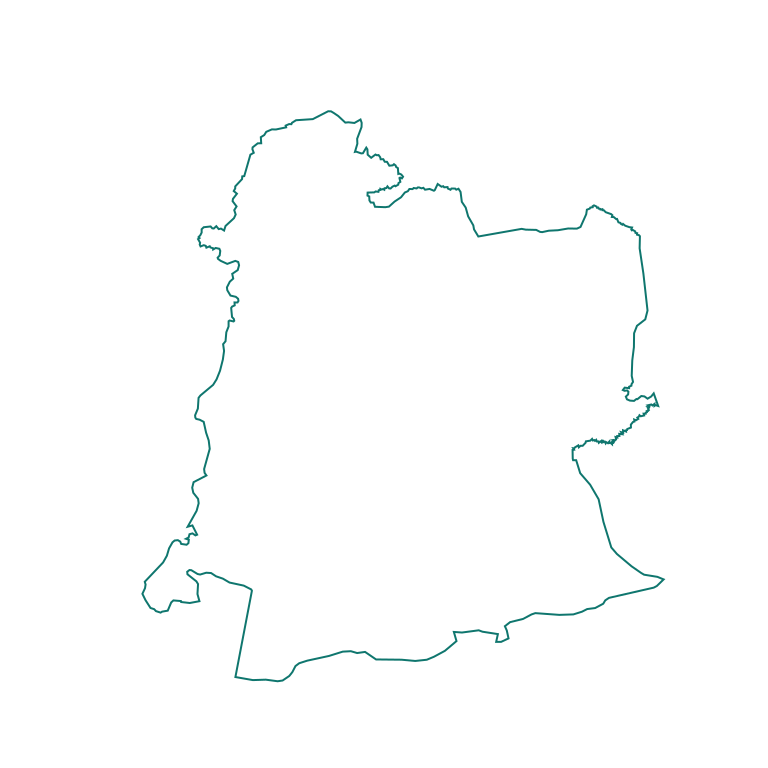 Bang Mun Nak, Phichit, Thailand, rotated 347°
{"feature_id": "78962969B44850282674557", "entity_name": "Bang Mun Nak", "entity_type": "district", "adm_level": 2, "iso_a3": "THA", "parent_name": "Thailand", "parent_adm1": "Phichit", "projection": "albers", "projection_center": [100.449, 16.044], "detail": "fine", "context": "isolated", "style": "outline", "palette": "teal", "viewbox_px": 768, "rotation_deg": 347, "n_neighbors": 0, "source": "geoboundaries", "source_scale": "gbopen_adm2", "svg_char_len": 6166}
<svg xmlns="http://www.w3.org/2000/svg" viewBox="0 0 768 768"><g transform="rotate(347 384 384)"><path d="M620.9,259.8L619.2,264.1L610.8,275.2L606.9,276.0L598.4,273.9L588.1,273.3L579.0,271.7L572.3,271.6L570.3,270.9L567.0,268.1L556.9,265.5L553.0,263.8L509.1,261.5L506.5,253.6L506.7,249.5L503.7,239.6L503.3,230.5L500.8,224.0L501.8,214.1L500.5,210.5L498.1,210.9L497.3,209.6L493.7,208.7L492.5,209.7L490.2,207.9L490.2,206.4L486.9,205.9L486.2,204.6L484.4,204.7L481.3,201.2L477.1,206.5L476.1,206.9L472.3,204.2L467.7,203.9L466.5,201.7L464.6,201.8L462.3,200.3L461.0,200.1L459.8,200.8L457.0,199.7L455.7,200.5L452.6,199.7L450.6,201.5L447.4,202.1L442.6,205.9L435.4,208.6L428.7,212.3L425.0,212.0L415.1,209.3L414.6,204.9L411.9,204.2L411.1,201.9L411.8,197.9L410.3,196.7L411.1,193.8L417.7,195.1L419.1,194.5L421.8,195.5L422.5,194.0L423.8,194.1L424.3,193.0L425.4,194.0L426.9,193.8L428.0,194.8L428.6,193.4L430.4,193.6L431.8,192.2L433.0,194.6L434.4,195.0L436.7,193.6L439.1,193.1L439.7,193.9L442.7,193.0L443.3,191.5L445.4,190.7L445.4,186.8L446.2,186.5L447.7,187.7L449.2,186.3L448.0,183.8L446.2,182.4L445.2,182.5L446.1,176.8L444.6,175.2L444.5,173.7L443.1,172.1L441.7,172.9L438.3,172.5L436.9,168.2L434.7,167.6L433.9,164.8L431.3,164.3L431.3,162.2L430.2,159.7L428.5,159.5L427.3,158.5L422.4,160.7L419.7,156.9L420.6,151.6L419.9,149.7L415.4,154.4L413.7,154.2L409.1,151.3L407.9,151.3L412.1,143.9L413.0,139.0L419.9,128.6L421.0,124.5L420.6,121.0L413.9,123.0L408.2,121.0L405.1,120.6L399.7,112.6L396.1,108.7L393.7,106.4L390.9,105.7L374.2,109.9L357.6,107.2L353.1,108.8L352.2,110.0L350.0,109.4L346.3,110.1L346.4,111.9L336.0,111.7L332.0,110.7L326.0,111.8L323.3,114.5L319.5,115.8L318.5,121.8L315.1,121.1L309.2,123.9L308.6,125.6L309.1,129.4L305.4,130.5L294.6,150.0L292.6,149.8L291.8,152.4L283.5,158.0L283.0,160.0L281.0,162.2L283.5,165.5L278.5,169.6L277.6,171.8L280.3,177.8L277.2,180.9L277.6,185.5L275.1,188.7L265.1,194.4L262.7,198.5L260.1,195.9L257.8,195.9L256.1,192.5L253.1,194.2L251.7,193.7L250.5,191.5L243.6,190.7L241.1,192.2L240.4,195.4L238.5,197.7L236.4,199.1L237.1,200.3L235.4,201.0L236.6,205.0L235.8,206.7L236.2,208.7L239.6,208.2L241.4,209.3L241.6,211.2L245.2,210.6L245.6,211.9L248.0,213.3L247.8,214.5L250.6,213.6L254.0,215.2L254.4,217.5L252.8,221.8L250.3,223.5L250.4,224.7L252.5,227.2L258.3,231.7L266.8,230.6L269.4,232.3L269.5,235.7L267.1,240.1L260.9,242.5L260.8,247.4L256.8,249.6L252.7,254.5L252.4,257.4L254.3,263.3L259.2,265.7L261.0,268.1L260.9,270.3L259.6,271.6L256.7,270.9L256.2,273.8L253.4,274.4L252.2,275.5L251.0,284.5L252.3,286.8L252.3,288.7L251.5,289.2L247.8,287.4L246.7,287.9L245.5,293.0L242.0,298.1L239.2,306.7L236.2,309.0L235.6,315.8L232.5,323.9L227.2,334.2L221.9,341.8L217.3,346.4L202.5,353.9L200.2,355.8L197.1,366.1L192.9,372.0L192.6,374.3L193.2,375.8L196.3,377.3L199.8,380.3L199.7,391.4L200.5,399.6L199.6,408.0L189.6,426.4L189.2,430.2L190.4,433.2L176.4,436.8L173.8,441.9L173.7,447.1L177.0,454.1L176.6,458.5L172.9,465.4L160.6,478.9L165.5,478.7L168.0,488.8L166.2,489.1L163.8,486.5L160.7,486.6L159.1,489.6L156.3,490.3L158.8,491.8L157.6,495.1L155.5,496.2L150.4,494.2L150.0,491.7L148.0,489.8L144.8,489.4L142.3,490.7L137.6,495.8L133.8,502.5L128.6,508.2L106.4,522.9L106.6,525.7L105.2,529.2L101.4,534.1L103.0,541.0L106.1,549.7L109.4,551.7L110.7,554.0L114.9,556.5L116.6,555.9L122.3,556.2L127.5,549.0L130.1,547.5L137.3,549.8L137.3,550.8L145.5,553.7L155.3,554.1L155.0,546.7L157.8,537.1L156.8,534.1L149.7,525.2L150.0,522.7L152.6,521.5L154.4,522.1L159.6,527.2L162.0,528.3L168.3,527.9L173.0,529.3L177.1,533.6L183.2,537.4L188.8,542.7L202.0,548.9L208.4,554.3L208.8,555.7L173.3,636.1L189.6,643.0L202.3,645.5L213.5,649.7L218.5,650.1L226.0,647.2L229.9,644.1L234.3,638.9L238.6,637.0L247.0,636.3L269.2,636.6L283.6,635.5L291.6,636.9L297.3,640.1L305.3,640.8L314.3,650.6L339.1,656.6L352.2,660.9L363.7,662.3L371.3,661.0L383.3,657.7L396.8,650.8L396.3,641.3L404.1,643.7L420.9,645.3L424.2,647.5L438.7,653.3L435.3,660.5L440.1,661.6L448.1,659.9L448.2,651.8L447.3,647.2L453.3,644.4L466.6,644.2L475.9,641.7L479.9,641.3L502.9,648.4L516.7,651.1L525.7,650.4L531.3,649.0L539.3,649.8L548.2,647.4L550.9,644.6L555.1,643.0L601.0,643.1L604.4,642.2L612.5,637.3L607.0,633.4L594.5,628.3L591.9,625.8L584.2,617.3L572.7,602.0L568.7,594.4L566.8,567.7L567.2,544.6L562.2,528.5L555.1,515.0L554.1,501.5L551.1,500.8L551.1,499.2L552.9,490.7L554.4,490.8L553.9,489.2L554.9,489.6L555.5,488.8L559.5,487.5L559.6,489.5L561.6,488.4L563.7,488.9L567.2,486.6L567.8,485.3L572.3,485.6L574.4,484.3L574.8,486.0L576.2,485.9L576.8,486.9L578.2,486.1L578.5,487.9L580.0,488.2L580.1,489.6L582.0,488.6L582.8,489.8L583.6,488.1L584.6,488.5L584.6,490.0L586.1,489.7L586.6,491.7L587.5,490.7L588.8,492.0L590.4,490.9L589.9,492.2L591.5,492.3L592.6,493.9L592.9,492.1L594.2,493.0L594.8,492.4L594.0,490.1L595.3,490.2L595.7,491.3L597.7,490.2L597.7,487.8L599.3,488.7L599.5,487.2L601.7,487.6L602.0,485.5L605.0,486.6L604.3,484.3L606.1,485.3L606.5,482.9L609.1,484.7L609.2,483.6L610.4,483.6L610.9,482.6L614.8,482.0L615.4,479.1L618.1,477.0L619.6,476.9L619.8,474.9L621.4,476.0L623.9,475.2L623.3,473.7L624.9,473.2L625.9,471.9L626.9,473.2L630.4,473.2L630.3,471.3L632.3,471.8L632.6,470.8L633.8,470.6L633.9,469.5L635.1,469.7L636.2,469.0L635.6,467.7L636.4,467.1L635.7,465.9L637.2,466.3L637.7,465.4L636.4,464.1L639.9,464.1L640.7,465.3L643.1,464.2L642.6,466.2L643.9,465.7L646.2,467.1L644.7,453.8L641.5,456.3L637.5,457.6L635.0,454.7L632.0,453.6L627.5,455.8L626.6,455.4L623.8,456.7L619.9,455.5L617.3,453.6L616.8,450.7L619.5,449.1L620.4,446.5L619.5,445.0L616.8,444.7L615.4,443.6L617.7,441.7L621.9,443.2L622.2,441.8L624.7,441.3L625.1,439.9L627.1,438.0L627.2,431.8L631.2,416.9L635.8,404.3L639.1,390.8L643.6,384.2L653.1,379.8L657.3,371.7L661.6,334.6L663.6,309.3L666.6,297.6L666.0,296.4L664.1,295.4L664.6,294.0L663.0,293.3L663.1,291.8L661.1,289.9L660.0,290.0L659.7,289.0L660.9,287.3L658.4,286.4L654.6,284.0L652.9,281.8L652.1,282.4L650.7,281.1L650.6,280.2L648.8,279.2L648.2,275.6L647.3,275.5L645.4,273.0L643.6,272.5L644.5,270.9L643.6,269.6L638.7,266.5L637.2,264.1L636.0,263.8L636.1,262.8L634.1,262.7L634.0,262.0L632.6,261.4L632.5,260.3L631.2,260.2L631.0,258.9L628.8,257.2L627.3,257.7L627.1,258.7L624.7,258.5L623.9,259.4L620.9,259.8Z" fill="none" stroke="#0f766e" stroke-width="2"/></g></svg>